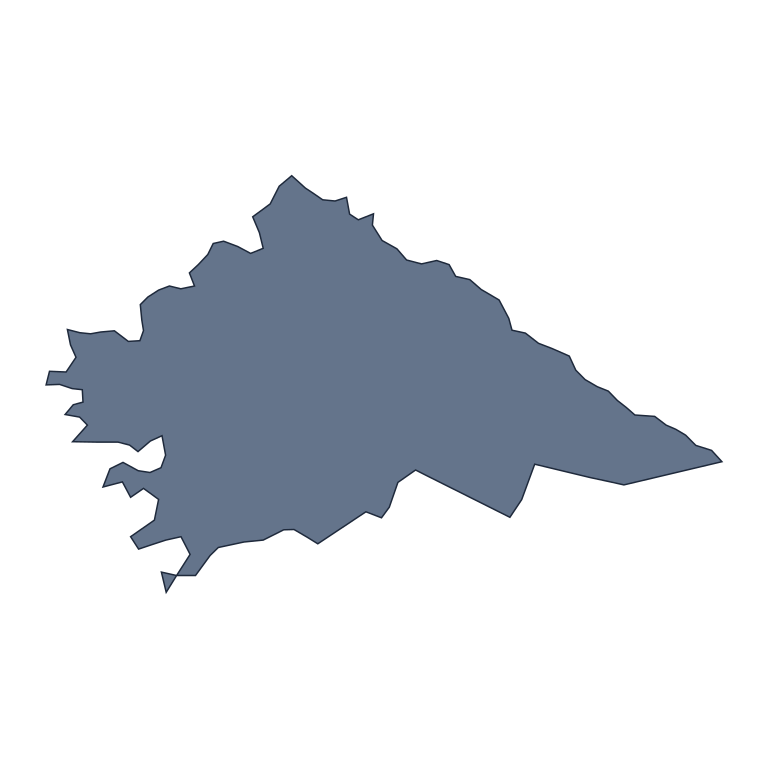 Santa Cecília do Pavão, Paraná, Brazil (Mercator projection)
{"feature_id": "56859067B22912882563393", "entity_name": "Santa Cecília do Pavão", "entity_type": "district", "adm_level": 2, "iso_a3": "BRA", "parent_name": "Brazil", "parent_adm1": "Paraná", "projection": "mercator", "projection_center": [-50.812, -23.543], "detail": "fine", "context": "isolated", "style": "filled", "palette": "slate", "viewbox_px": 768, "rotation_deg": 0, "n_neighbors": 0, "source": "geoboundaries", "source_scale": "gbopen_adm2", "svg_char_len": 1698}
<svg xmlns="http://www.w3.org/2000/svg" viewBox="0 0 768 768"><path d="M46.1,384.9L59.6,384.4L72.2,388.6L82.3,389.7L83.0,402.1L73.3,404.7L65.1,414.5L79.6,417.1L87.4,425.1L72.6,441.7L96.9,442.1L118.0,442.1L129.6,445.1L138.0,451.6L150.4,441.0L162.0,435.7L165.6,455.2L161.0,467.7L150.0,472.5L138.2,470.7L123.0,462.4L110.0,468.8L103.0,487.0L122.4,481.9L130.6,497.3L143.5,488.4L158.6,499.4L154.4,520.1L130.6,536.7L138.6,549.1L152.3,544.5L165.8,540.1L181.0,536.7L190.1,554.4L176.6,575.5L195.5,575.5L210.1,555.5L218.3,547.5L244.0,542.0L263.2,540.1L283.7,529.8L294.0,529.5L307.5,537.4L317.8,543.8L365.9,511.8L381.5,517.8L389.3,507.2L397.9,482.4L415.6,470.0L426.4,475.5L509.9,517.3L521.7,499.6L534.7,464.2L590.4,477.6L610.4,481.9L623.9,484.9L721.9,461.7L711.6,450.4L695.8,445.4L685.7,435.2L675.8,429.3L666.1,425.1L654.7,416.4L634.9,415.0L626.2,407.4L617.4,400.5L608.3,391.1L597.3,386.7L585.1,379.6L575.8,370.2L569.3,356.1L552.0,348.5L538.5,343.3L525.4,333.1L512.0,330.2L508.8,318.4L499.1,300.0L481.2,289.5L469.8,279.6L455.7,276.4L449.1,264.6L436.7,260.5L421.5,263.9L406.6,260.0L396.9,248.8L382.1,240.5L372.4,225.1L373.5,213.8L358.3,219.8L349.6,214.1L346.5,197.3L335.1,201.0L322.7,199.8L314.0,193.8L305.4,188.1L291.7,175.7L279.2,186.2L270.2,203.9L252.7,216.8L259.4,232.7L263.2,248.3L250.6,253.4L237.7,246.5L223.6,241.2L213.2,243.5L207.8,254.5L198.3,264.6L189.4,272.9L194.5,286.0L180.8,288.8L169.4,286.0L158.6,290.1L147.9,297.0L140.3,304.6L141.8,320.0L143.5,330.6L139.9,340.7L128.3,341.4L114.4,330.8L100.7,332.0L90.6,333.8L79.8,332.7L67.4,329.5L70.5,344.9L76.0,357.3L66.1,372.0L49.5,371.3L46.1,384.9ZM176.6,575.5L161.4,572.1L166.2,592.3L176.6,575.5Z" fill="#64748b" stroke="#1e293b" stroke-width="1.5"/></svg>